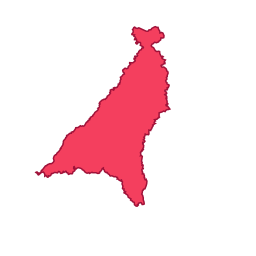 outline of Serra do Navio, Amapá, Brazil, rotated 222°
{"feature_id": "56859067B94822080065950", "entity_name": "Serra do Navio", "entity_type": "district", "adm_level": 2, "iso_a3": "BRA", "parent_name": "Brazil", "parent_adm1": "Amapá", "projection": "orthographic", "projection_center": [-52.252, 1.643], "detail": "fine", "context": "isolated", "style": "filled", "palette": "rose", "viewbox_px": 256, "rotation_deg": 222, "n_neighbors": 0, "source": "geoboundaries", "source_scale": "gbopen_adm2", "svg_char_len": 5914}
<svg xmlns="http://www.w3.org/2000/svg" viewBox="0 0 256 256"><g transform="rotate(222 128 128)"><path d="M111.9,157.1L112.4,157.1L115.0,160.1L113.4,162.8L112.9,164.4L111.4,165.0L111.7,166.5L111.2,168.0L110.6,168.4L109.6,170.1L113.5,170.8L113.7,170.4L114.6,170.1L115.3,170.7L114.4,172.5L114.7,172.8L115.6,172.6L117.0,174.2L119.8,175.6L119.8,176.1L119.2,176.2L120.3,177.4L120.9,177.3L122.0,178.1L122.4,177.4L123.1,177.5L122.3,179.5L123.4,180.3L124.9,180.0L125.8,180.7L125.0,182.2L124.5,182.4L124.8,183.7L125.7,183.8L125.9,184.2L125.2,185.2L125.8,187.0L126.7,187.5L127.6,187.0L128.7,186.9L129.4,187.8L130.3,187.6L131.7,188.4L131.8,190.4L133.3,191.3L133.2,192.5L134.0,193.2L134.8,195.4L135.7,196.3L136.5,196.6L137.3,196.3L138.9,197.4L139.9,197.5L142.2,197.3L143.3,196.0L144.5,196.1L145.2,196.5L145.3,197.1L144.4,198.0L144.6,199.3L143.6,200.5L144.1,201.2L145.0,201.1L145.3,201.3L145.7,203.6L147.4,202.8L149.2,202.5L149.9,203.0L149.5,204.5L150.3,204.5L150.9,203.7L151.6,203.5L154.2,204.6L155.7,206.0L156.7,205.5L157.7,204.1L159.4,203.7L162.8,204.8L164.6,204.3L165.7,204.6L166.3,206.5L165.8,207.1L165.6,209.5L163.9,210.4L162.9,212.4L163.1,213.3L162.7,215.3L163.8,217.0L162.4,218.1L161.9,219.1L163.0,220.7L165.6,221.9L167.1,221.4L167.8,220.0L169.4,221.3L171.3,221.8L173.0,222.9L173.9,222.1L175.5,221.6L176.0,220.7L177.0,217.8L176.7,216.4L178.1,214.9L177.8,213.8L178.2,213.0L179.3,212.1L187.0,209.7L187.6,208.3L189.2,207.4L190.5,207.5L190.7,207.2L190.9,206.3L190.4,205.4L190.6,204.3L189.1,203.7L188.2,202.5L188.0,201.5L188.2,200.9L187.7,200.1L187.3,200.1L185.5,201.5L185.3,200.4L184.9,200.1L183.8,200.4L182.4,199.9L182.7,198.7L182.3,198.0L181.7,198.4L181.2,199.5L180.4,199.2L179.2,197.9L179.4,196.7L178.7,196.2L177.7,196.3L177.4,196.8L177.4,197.3L178.3,198.3L178.2,198.7L177.3,198.7L176.3,199.7L175.9,199.8L174.7,198.8L174.3,197.7L171.1,198.4L170.3,198.0L170.3,197.5L171.2,196.6L170.5,195.2L171.2,193.8L171.2,192.0L170.5,190.9L171.1,189.3L170.9,188.9L169.4,188.3L169.2,187.4L170.9,186.1L170.8,185.6L169.5,185.5L169.1,185.1L169.1,184.7L170.1,184.0L169.8,183.3L168.9,183.0L168.0,183.2L167.5,182.5L168.1,179.6L170.5,177.7L170.0,177.1L169.6,177.4L168.8,177.2L168.9,173.8L168.1,172.7L168.6,171.2L170.2,170.5L170.7,167.8L170.3,167.0L168.6,166.2L167.7,166.4L166.8,165.7L167.4,164.5L167.2,162.0L167.6,160.6L165.9,159.6L165.7,158.2L164.4,156.8L164.5,155.9L163.7,155.4L163.6,155.0L164.1,154.9L164.6,154.1L163.8,153.3L163.3,151.0L164.0,150.2L163.9,149.7L164.9,149.2L164.8,148.7L165.3,148.7L165.6,148.0L164.9,147.2L164.0,147.1L164.1,146.7L164.2,146.3L165.3,146.3L166.1,145.5L166.5,144.2L165.4,143.5L165.4,142.3L164.4,142.2L164.2,140.2L164.7,137.6L164.3,137.4L163.9,135.7L164.2,135.3L164.0,134.1L165.1,133.5L165.2,132.7L165.9,131.5L166.2,128.6L165.9,127.1L165.1,127.3L164.8,127.0L164.7,125.7L163.7,125.1L163.2,124.1L163.6,122.5L163.1,122.5L162.6,122.0L162.4,120.5L163.0,117.5L162.5,114.9L162.7,113.9L162.2,113.3L163.1,110.7L162.5,109.8L162.9,108.9L162.6,108.6L162.3,108.9L162.0,108.6L162.7,106.8L162.1,105.7L162.6,105.1L162.7,104.1L161.9,100.6L162.5,99.3L163.2,99.2L164.0,97.9L164.9,97.8L165.4,95.0L167.0,93.3L166.4,91.9L166.1,88.5L166.7,88.1L167.3,86.8L166.6,86.2L167.8,84.8L167.9,82.9L168.6,81.4L167.7,80.6L167.9,79.2L167.4,78.5L167.4,75.5L166.9,74.5L166.0,73.6L165.7,72.7L165.4,72.6L165.0,71.4L164.5,67.6L164.1,67.8L163.7,64.2L164.0,62.0L163.5,60.2L164.0,59.6L164.1,57.7L163.1,55.5L160.9,54.1L160.6,52.6L160.8,50.9L161.4,49.8L162.1,49.4L163.4,46.7L163.3,45.6L164.0,44.6L163.6,39.2L163.9,38.9L163.7,37.8L163.1,37.2L163.6,34.9L165.3,34.4L166.1,34.5L166.7,33.8L166.7,33.3L166.0,33.6L163.3,33.1L163.0,33.4L162.6,36.9L161.5,38.6L159.9,38.4L158.4,37.5L157.6,36.5L157.2,37.8L155.0,37.5L154.4,38.3L154.5,38.8L155.2,39.3L154.0,40.0L153.7,41.0L154.4,43.0L153.7,43.5L152.7,46.0L150.3,47.5L150.5,49.2L149.5,49.8L148.2,49.3L147.5,49.3L146.6,50.7L147.0,52.3L145.9,52.1L145.3,54.3L144.8,54.4L144.0,53.7L142.8,54.4L141.8,53.8L141.1,53.8L140.3,55.5L138.9,56.5L138.8,57.0L139.5,58.4L139.0,60.5L139.2,61.2L141.4,61.6L142.3,62.9L142.1,63.3L139.7,62.3L139.1,62.8L139.1,63.8L138.5,65.2L136.4,66.3L135.0,66.7L133.9,66.4L132.8,66.9L130.5,66.5L128.7,66.8L128.0,67.2L127.2,68.7L126.3,68.4L125.1,71.0L124.2,71.2L121.8,73.4L120.4,73.8L119.2,74.9L119.1,75.9L119.6,76.2L119.3,78.6L120.0,80.7L119.6,81.8L118.8,80.9L117.5,80.9L116.2,80.0L114.1,80.3L114.0,81.0L113.6,81.1L112.1,80.6L110.7,80.9L109.5,80.4L109.0,80.5L107.9,81.8L105.7,82.4L104.7,83.6L103.6,83.7L102.8,84.2L102.3,83.9L102.0,82.8L101.1,83.4L99.7,83.3L97.9,83.8L98.3,84.6L98.1,85.0L96.9,84.3L96.0,84.2L95.0,82.4L92.9,81.4L91.6,79.3L91.2,79.2L90.1,80.0L89.1,78.6L87.2,78.9L87.7,77.3L87.4,77.1L86.0,77.8L85.5,77.5L83.3,77.9L81.5,76.7L78.4,77.3L78.0,76.2L77.1,76.2L76.3,76.6L75.1,76.3L73.6,76.9L71.8,75.3L69.7,75.4L68.8,76.2L68.8,77.5L69.7,77.4L69.4,78.4L69.8,79.2L68.6,81.1L68.0,81.3L66.3,80.6L65.5,81.4L65.1,82.4L66.6,83.7L68.7,84.9L69.9,86.3L72.0,87.7L73.6,88.1L73.9,89.1L75.4,91.3L75.1,92.0L75.5,92.9L74.7,94.1L75.9,97.3L76.9,99.2L78.4,101.2L80.3,102.0L80.3,101.2L80.7,101.0L82.2,101.8L82.5,102.3L82.8,102.1L84.2,103.8L85.4,104.1L85.6,104.4L86.7,103.5L87.4,104.9L88.2,105.0L88.3,105.4L89.7,106.1L90.0,107.2L89.4,107.9L89.6,108.2L90.1,107.9L90.7,108.4L91.6,110.2L92.3,110.5L92.7,109.8L93.2,110.6L94.2,110.9L94.5,112.0L95.7,112.3L98.4,116.5L99.9,116.4L100.2,115.8L100.8,117.0L102.3,118.0L102.5,118.9L102.1,119.3L102.1,120.2L102.9,120.5L102.8,121.2L102.2,121.4L102.3,122.4L102.9,122.3L103.3,122.8L103.3,123.7L104.7,125.6L105.6,125.7L106.1,126.5L106.6,126.2L107.3,126.9L107.5,127.3L106.5,128.2L106.5,129.4L107.4,129.8L108.7,129.5L108.7,131.2L109.0,131.7L110.0,131.7L110.1,133.3L111.1,135.0L110.0,135.2L109.2,136.2L108.3,136.7L108.4,137.5L111.1,140.4L109.5,141.3L109.9,142.2L109.9,143.4L110.4,144.2L110.8,146.5L111.6,146.7L110.8,149.6L111.7,149.2L112.2,149.5L112.6,150.8L112.3,151.6L113.9,151.9L112.3,154.0L112.4,155.4L112.0,155.9L111.9,157.1Z" fill="#f43f5e" stroke="#9f1239" stroke-width="1.5"/></g></svg>